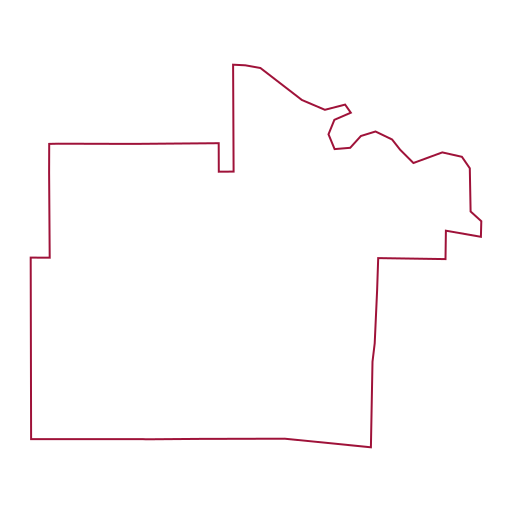 outline of Lincoln, Arkansas, United States of America
{"feature_id": "52423323B30857528698803", "entity_name": "Lincoln", "entity_type": "district", "adm_level": 2, "iso_a3": "USA", "parent_name": "United States of America", "parent_adm1": "Arkansas", "projection": "mercator", "projection_center": [-91.656, 33.979], "detail": "fine", "context": "isolated", "style": "outline", "palette": "rose", "viewbox_px": 512, "rotation_deg": 0, "n_neighbors": 0, "source": "geoboundaries", "source_scale": "gbopen_adm2", "svg_char_len": 645}
<svg xmlns="http://www.w3.org/2000/svg" viewBox="0 0 512 512"><path d="M31.1,439.1L142.3,439.1L146.1,439.3L199.2,438.9L284.7,438.7L370.9,447.3L372.5,361.7L374.7,343.4L377.1,290.6L378.2,258.1L445.5,259.1L445.9,230.7L480.9,236.8L481.3,221.2L470.6,211.5L469.8,168.3L461.9,156.8L442.3,152.4L413.4,163.0L400.1,149.7L392.1,139.5L375.5,131.5L360.9,136.0L350.2,147.8L334.6,149.1L328.5,134.3L334.4,119.8L350.8,112.7L345.1,104.6L324.9,109.8L301.9,100.0L260.4,68.0L245.3,65.3L233.1,64.7L233.6,171.6L218.8,171.7L218.7,143.2L133.7,143.9L58.4,143.7L49.2,143.9L49.1,172.5L49.7,257.7L30.7,257.6L31.1,439.1Z" fill="none" stroke="#9f1239" stroke-width="2"/></svg>